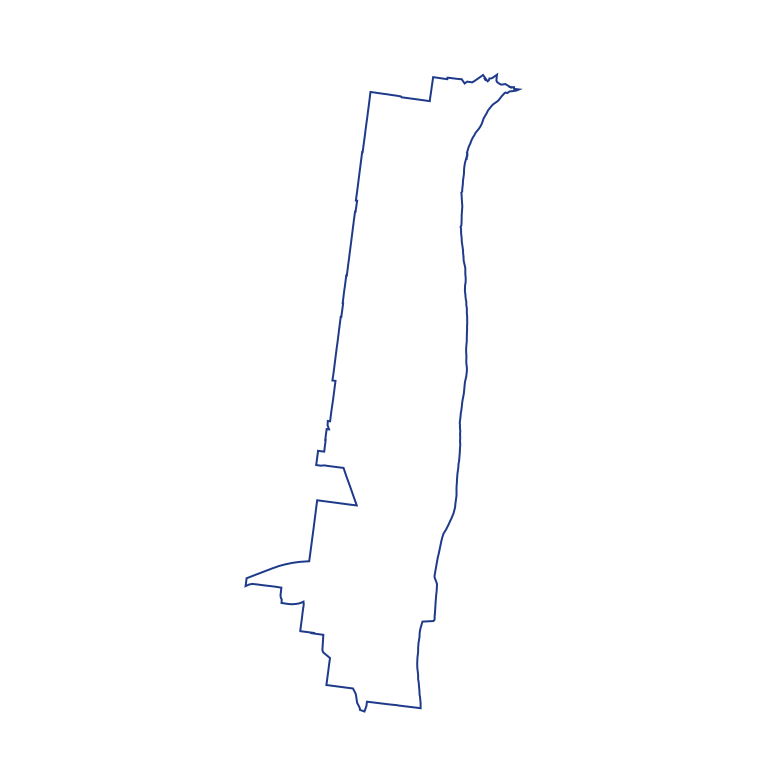 Holdfast Bay, South Australia, Australia (Mercator projection), rotated 191°
{"feature_id": "25037944B39543590028882", "entity_name": "Holdfast Bay", "entity_type": "district", "adm_level": 2, "iso_a3": "AUS", "parent_name": "Australia", "parent_adm1": "South Australia", "projection": "mercator", "projection_center": [138.52, -35.002], "detail": "fine", "context": "isolated", "style": "outline", "palette": "blue", "viewbox_px": 768, "rotation_deg": 191, "n_neighbors": 0, "source": "geoboundaries", "source_scale": "gbopen_adm2", "svg_char_len": 5700}
<svg xmlns="http://www.w3.org/2000/svg" viewBox="0 0 768 768"><g transform="rotate(191 384 384)"><path d="M286.2,72.7L287.1,77.4L289.0,83.9L289.8,85.7L290.5,88.9L293.2,98.3L294.1,100.4L295.0,105.0L297.2,111.9L298.1,116.1L298.8,120.7L299.1,123.1L299.2,125.3L299.3,126.9L300.3,132.5L300.5,134.9L300.7,136.4L300.9,142.8L301.4,145.7L301.6,148.7L301.5,151.9L300.9,158.1L290.4,160.7L290.0,161.1L289.5,162.0L289.5,162.9L289.6,163.7L289.7,164.5L289.9,165.2L290.1,166.1L290.0,167.0L290.2,167.5L290.3,167.9L290.2,168.4L291.7,179.6L292.4,185.9L292.9,191.6L293.8,197.8L297.6,204.1L297.8,205.9L297.9,210.4L298.1,224.1L297.9,227.8L297.7,241.4L297.5,244.8L297.4,245.6L297.0,248.5L295.3,253.0L293.7,258.7L292.8,262.6L292.4,263.9L291.1,270.1L290.7,276.4L291.1,280.5L291.5,288.0L291.8,289.7L292.2,291.8L292.6,294.0L292.8,294.7L293.2,297.2L293.5,299.8L293.6,301.0L294.1,303.9L294.3,305.8L294.8,310.0L295.1,316.3L295.6,319.6L295.6,323.3L295.8,324.4L296.5,331.2L297.1,334.9L297.5,338.8L298.3,341.7L298.5,342.6L298.8,345.2L299.8,349.4L300.1,352.0L300.2,352.5L301.2,355.9L301.7,358.7L302.2,360.0L302.8,368.2L303.0,369.2L303.1,370.0L303.0,371.7L303.3,376.5L303.7,380.7L303.8,384.4L303.8,389.9L304.9,401.1L304.8,404.1L304.7,407.0L305.2,413.4L305.9,416.3L307.4,420.9L307.6,422.2L308.5,427.5L308.6,428.0L309.1,429.5L309.7,432.2L309.8,432.6L310.3,435.8L310.7,439.7L310.9,441.8L311.4,444.4L312.3,449.7L312.7,452.3L313.2,455.4L313.5,456.3L313.7,458.5L314.1,460.5L315.4,466.7L316.2,469.3L316.9,473.2L316.9,473.4L318.4,477.6L318.4,477.9L319.0,480.9L319.7,482.3L319.8,482.6L320.7,485.4L321.2,487.4L322.3,490.6L323.1,495.5L323.3,497.0L323.2,498.5L323.5,500.8L324.1,504.0L324.8,506.2L325.3,508.1L326.2,512.8L326.3,513.3L329.3,520.2L330.2,523.8L330.3,524.4L331.3,527.4L331.5,528.4L331.9,530.2L332.3,531.4L334.5,537.7L335.0,539.3L335.7,542.4L337.0,546.4L338.0,551.1L338.5,552.1L338.7,552.6L338.8,553.2L338.4,553.8L338.3,554.6L339.1,559.9L340.0,564.8L341.0,573.4L341.1,573.6L342.2,577.6L342.4,578.5L343.6,583.1L344.0,584.8L344.5,586.2L344.5,586.4L344.6,586.6L344.1,587.5L344.0,588.2L344.3,589.6L344.8,595.8L345.2,598.0L345.5,603.1L345.6,605.3L346.5,611.2L346.6,613.2L346.7,616.4L346.4,620.8L345.8,620.8L345.9,621.9L346.2,621.9L346.2,623.6L345.8,623.7L345.9,624.3L345.9,625.2L346.2,625.2L346.4,626.7L346.7,626.8L346.1,633.1L345.8,634.1L345.1,636.8L344.9,638.7L344.1,641.9L343.7,643.3L343.0,644.8L342.7,645.9L342.0,648.2L339.8,652.2L339.7,652.4L338.6,654.9L337.6,658.4L336.9,663.6L334.7,670.0L334.1,672.4L331.4,677.6L330.2,679.4L330.1,679.5L327.9,681.8L327.3,682.4L326.1,683.7L325.7,684.3L323.4,688.9L321.7,691.6L321.1,692.7L320.2,693.3L318.8,693.1L318.5,693.1L316.7,695.0L315.9,695.4L313.0,696.2L309.9,697.4L307.7,698.9L311.3,698.6L312.7,698.6L313.1,700.2L315.5,699.3L315.6,699.8L317.4,699.5L317.5,699.9L322.2,701.6L325.1,700.5L326.3,700.3L327.6,700.6L328.7,701.1L329.8,701.6L330.9,702.2L331.6,703.6L332.0,707.5L332.1,709.2L336.3,704.8L337.1,704.5L338.0,704.2L338.8,704.0L338.9,703.0L339.0,702.3L339.4,701.6L340.1,700.9L341.7,702.4L342.4,701.8L343.5,702.9L342.9,703.5L345.7,706.2L348.7,703.1L353.7,698.0L354.5,697.5L355.0,696.9L357.6,696.8L360.0,696.7L362.2,694.4L365.4,697.5L366.1,698.1L367.0,697.8L371.9,697.4L379.5,696.9L380.1,696.8L380.0,695.3L383.9,695.1L394.3,694.6L394.0,688.6L393.2,672.2L393.0,670.4L407.9,669.6L418.0,669.0L421.4,668.8L422.3,669.5L427.7,669.4L432.3,669.1L436.0,669.0L439.1,668.8L442.6,668.6L453.0,668.1L452.1,655.2L451.8,649.9L451.4,643.8L451.1,638.5L450.8,633.2L450.2,624.2L449.2,607.5L449.7,607.5L449.0,596.9L448.5,589.0L448.0,581.2L447.5,573.8L446.6,558.7L445.3,558.8L445.0,551.3L444.8,547.8L445.3,547.8L444.8,538.7L444.6,536.4L444.6,535.8L443.9,525.3L443.4,518.0L443.4,517.1L443.3,516.2L442.5,503.5L442.5,502.9L442.4,502.4L441.7,490.6L441.6,490.1L441.6,489.5L441.2,483.2L441.8,483.2L441.7,482.6L441.0,471.7L441.0,471.3L440.8,467.0L440.2,458.8L440.1,457.5L440.1,456.1L440.0,455.4L439.5,455.4L438.7,441.7L439.3,441.7L438.3,426.4L437.8,419.2L437.6,416.2L437.4,412.1L436.7,401.1L436.1,392.3L435.6,384.3L435.3,377.6L432.2,377.8L431.9,372.9L431.2,362.0L431.2,361.4L431.1,360.8L430.4,345.8L430.3,345.3L430.3,344.7L429.8,337.1L432.1,337.0L431.5,332.6L430.8,331.5L429.3,329.0L431.7,328.8L431.5,325.9L431.5,325.2L431.0,317.9L430.6,318.0L429.8,306.2L436.0,305.8L435.9,305.3L435.6,299.6L435.5,299.0L435.5,298.4L435.1,291.5L430.2,291.8L427.2,292.7L422.7,292.9L407.7,293.9L406.9,292.5L404.7,288.6L402.9,285.5L400.8,282.0L398.5,278.2L396.9,275.5L393.0,268.8L389.4,262.7L388.6,261.4L387.6,259.6L388.6,259.5L396.2,259.0L409.5,258.2L427.4,257.1L427.1,252.2L427.1,251.6L426.6,244.4L426.5,243.6L426.5,242.8L425.6,229.1L423.6,195.7L424.6,195.5L425.1,195.3L425.3,195.3L432.1,193.5L433.1,193.2L439.1,191.2L439.5,191.0L440.6,190.6L446.3,188.2L449.1,186.9L452.3,185.3L453.3,184.8L454.6,183.9L458.3,181.8L467.6,176.0L470.6,174.1L472.3,173.1L478.6,169.1L481.8,167.1L481.4,160.8L481.3,159.2L478.0,161.5L475.3,162.6L470.8,163.0L465.6,163.3L452.0,164.3L445.9,164.5L445.5,160.0L445.3,157.2L445.0,155.8L444.3,154.2L443.3,153.0L442.8,149.5L435.8,149.8L434.7,149.9L431.7,150.4L428.8,151.2L426.2,152.1L423.9,153.3L423.5,153.5L421.5,155.0L420.8,152.5L420.7,151.9L420.5,147.5L420.2,142.7L420.0,140.1L419.5,132.1L419.4,130.4L419.1,125.8L419.0,125.4L411.3,125.9L406.3,126.2L406.8,125.6L404.9,125.7L397.1,126.1L395.7,126.2L394.5,117.2L394.0,113.4L393.7,111.0L392.4,108.9L384.7,104.7L384.3,96.5L384.1,94.1L383.8,89.4L383.5,84.1L383.2,79.2L383.1,77.5L373.8,78.1L364.0,78.7L356.4,79.2L352.9,74.8L352.4,73.9L350.1,67.5L349.5,65.9L346.3,61.8L345.5,60.1L345.4,59.5L340.7,58.8L339.8,64.6L340.1,68.3L340.1,68.9L321.7,70.2L317.6,70.5L309.9,71.2L308.7,71.2L308.1,71.2L296.6,72.0L288.6,72.6L286.2,72.7Z" fill="none" stroke="#1e3a8a" stroke-width="2"/></g></svg>